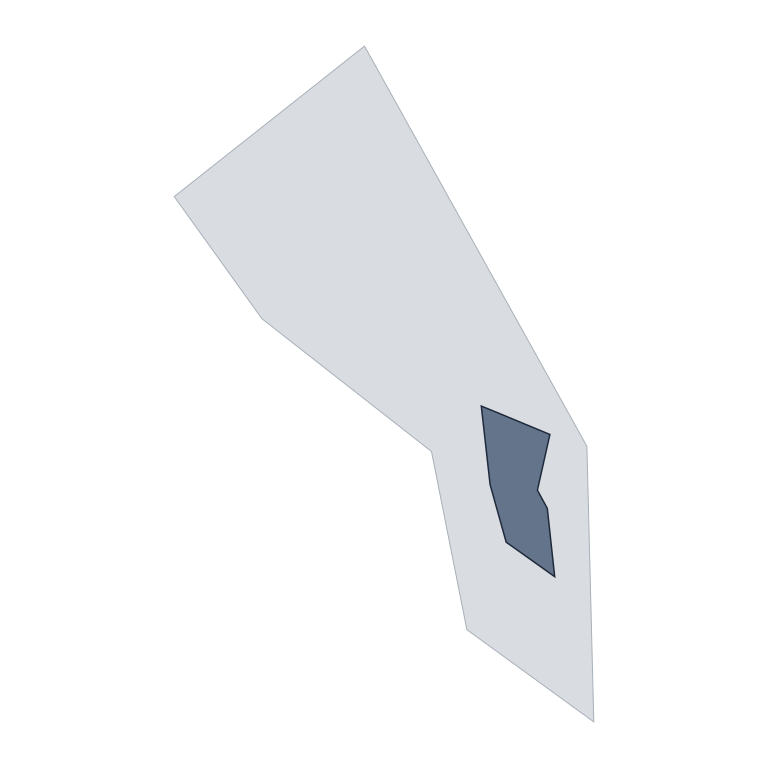 Seychelles, with Au Cap highlighted
{"feature_id": "SYC-5201", "entity_name": "Au Cap", "entity_type": "state/province", "adm_level": 1, "iso_a3": "SYC", "parent_name": "Seychelles", "parent_adm1": "", "projection": "robinson", "projection_center": [55.515, -4.708], "detail": "fine", "context": "in_parent", "style": "filled", "palette": "slate", "viewbox_px": 768, "rotation_deg": 0, "n_neighbors": 0, "source": "natural_earth", "source_scale": "10m", "svg_char_len": 409}
<svg xmlns="http://www.w3.org/2000/svg" viewBox="0 0 768 768"><path d="M586.9,446.3L593.8,721.9L466.9,629.7L431.5,451.5L262.0,318.8L174.2,196.6L364.5,46.1L586.9,446.3Z" fill="#d9dde1" stroke="#a8b0b8" stroke-width="1"/><path d="M549.9,434.5L537.4,490.2L547.3,508.4L554.7,576.7L506.2,542.2L501.7,526.1L490.1,484.6L481.3,406.1L491.2,410.1L549.9,434.5Z" fill="#64748b" stroke="#1e293b" stroke-width="1.5"/></svg>